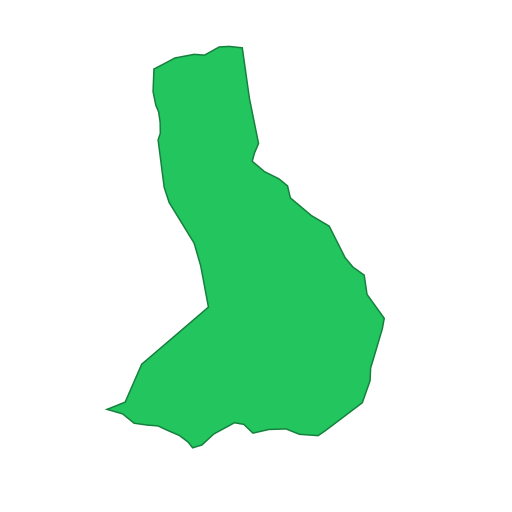 Ipueira, Rio Grande do Norte, Brazil (Equal Earth projection), rotated 282°
{"feature_id": "56859067B7349089003652", "entity_name": "Ipueira", "entity_type": "district", "adm_level": 2, "iso_a3": "BRA", "parent_name": "Brazil", "parent_adm1": "Rio Grande do Norte", "projection": "equal_earth", "projection_center": [-37.182, -6.775], "detail": "fine", "context": "isolated", "style": "filled", "palette": "green", "viewbox_px": 512, "rotation_deg": 282, "n_neighbors": 0, "source": "geoboundaries", "source_scale": "gbopen_adm2", "svg_char_len": 883}
<svg xmlns="http://www.w3.org/2000/svg" viewBox="0 0 512 512"><g transform="rotate(282 256 256)"><path d="M456.8,199.3L455.4,186.0L452.8,176.5L441.8,163.9L440.4,153.6L432.9,135.6L424.0,125.0L417.7,117.3L395.5,121.1L382.8,126.6L376.5,130.9L366.9,134.4L356.1,136.9L349.2,136.1L304.1,151.9L290.3,159.9L255.7,192.8L234.8,204.0L196.1,220.1L126.4,166.7L85.9,158.4L75.0,142.1L73.8,158.4L67.1,171.5L68.0,184.8L69.4,195.3L66.9,206.4L64.5,218.4L59.9,228.2L55.2,233.9L59.9,242.4L73.1,251.7L88.4,269.6L88.8,279.1L82.1,289.8L89.0,304.7L93.1,321.4L90.6,335.5L93.2,354.1L99.5,360.1L134.6,390.5L157.8,393.5L170.4,391.4L176.8,392.0L211.0,394.7L221.7,394.4L241.5,372.6L259.8,365.8L265.2,353.3L272.9,343.5L300.4,321.4L307.1,301.7L320.0,277.5L331.1,272.3L336.2,262.5L340.3,246.7L347.9,232.6L356.4,233.1L366.6,235.1L408.8,216.8L456.8,199.3Z" fill="#22c55e" stroke="#15803d" stroke-width="1.5"/></g></svg>